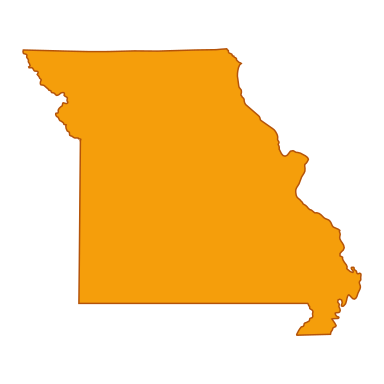 SVG path tracing the border of Missouri
{"feature_id": "USA-3531", "entity_name": "Missouri", "entity_type": "State", "adm_level": 1, "iso_a3": "USA", "parent_name": "United States of America", "parent_adm1": "", "projection": "robinson", "projection_center": [-92.269, 38.302], "detail": "fine", "context": "isolated", "style": "filled", "palette": "amber", "viewbox_px": 384, "rotation_deg": 0, "n_neighbors": 0, "source": "natural_earth", "source_scale": "10m", "svg_char_len": 5802}
<svg xmlns="http://www.w3.org/2000/svg" viewBox="0 0 384 384"><path d="M29.8,67.8L29.0,67.7L28.7,66.9L29.3,66.5L29.8,66.1L30.1,65.6L30.0,65.4L29.4,63.5L28.6,62.4L28.4,61.9L28.3,61.4L28.4,60.5L28.4,60.2L28.1,59.2L27.2,58.1L26.7,57.2L26.7,56.4L26.9,55.7L26.9,55.0L26.1,54.3L24.9,53.9L23.9,53.7L23.3,53.1L23.0,51.6L23.3,50.0L43.3,50.5L65.9,51.1L88.3,51.6L105.7,51.6L111.6,51.5L134.4,50.9L157.9,51.1L195.6,50.0L215.9,49.7L221.4,49.2L226.7,48.8L227.1,49.4L227.3,49.8L228.2,50.4L228.4,50.7L228.4,51.5L228.5,52.1L228.8,52.6L229.1,53.0L229.6,53.3L230.7,53.6L231.9,54.3L232.0,54.5L232.2,55.4L232.4,55.8L232.7,55.9L232.9,56.0L233.5,56.0L233.8,56.1L233.9,56.4L234.0,56.7L234.1,57.0L234.6,57.4L235.6,57.8L236.0,58.1L236.3,58.5L236.5,58.9L236.5,59.3L236.4,59.7L236.8,60.3L238.7,62.1L239.3,62.5L240.7,63.0L241.3,63.5L239.7,64.8L238.5,67.6L237.8,70.7L237.5,73.2L237.4,76.1L238.8,86.2L239.1,87.2L239.8,88.2L240.6,89.2L240.9,89.6L241.2,90.0L241.3,90.5L241.4,91.1L241.4,92.6L241.0,94.4L241.0,95.1L241.2,95.5L241.9,96.3L242.2,97.1L243.6,98.3L243.9,99.0L244.1,99.6L244.2,101.1L244.8,103.2L245.8,104.7L258.5,115.7L259.3,116.6L259.9,117.8L260.2,119.1L260.5,120.0L261.3,120.7L273.0,128.9L274.2,129.9L275.4,131.4L276.7,133.7L277.3,135.1L277.6,136.3L277.7,137.1L277.6,138.8L277.6,139.6L277.9,140.4L278.8,141.7L279.0,142.4L278.8,143.1L278.4,143.8L278.2,144.6L278.6,145.4L279.0,146.2L279.2,147.2L279.3,148.2L279.1,149.0L281.4,153.6L283.0,155.5L285.1,156.2L287.3,155.2L290.4,151.2L293.0,150.7L294.0,151.1L295.7,152.2L296.7,152.4L297.9,152.5L300.5,153.2L305.5,155.9L307.5,157.5L308.4,159.2L308.0,160.3L307.2,161.8L306.2,163.2L305.5,163.8L304.8,164.5L304.7,166.0L305.0,168.5L304.9,171.1L304.1,173.0L301.6,177.0L299.0,183.9L296.6,187.7L295.8,189.7L295.7,192.0L296.1,194.8L296.4,195.8L296.7,196.5L297.1,197.2L297.5,197.7L300.3,200.1L300.7,200.7L302.1,202.1L302.5,202.6L302.8,203.6L303.7,204.3L305.6,205.4L307.0,206.7L308.2,208.2L309.6,209.5L311.4,210.1L314.2,212.4L315.0,212.9L316.9,212.8L319.2,213.5L321.0,214.8L323.9,217.7L325.1,218.5L328.3,219.8L329.5,220.6L330.8,222.4L332.3,225.8L333.4,227.1L338.4,229.3L339.8,230.4L339.4,231.2L339.6,232.2L340.0,233.3L340.2,234.4L340.0,235.5L339.8,236.5L339.7,237.7L339.9,238.9L341.0,241.1L342.4,243.1L343.6,245.2L344.2,247.8L343.3,250.0L341.5,251.7L340.0,253.5L340.0,255.9L340.3,256.1L341.3,256.5L341.8,256.7L342.6,257.3L342.5,258.2L342.7,259.2L343.1,260.2L344.3,262.2L346.4,265.0L347.1,266.8L346.8,268.6L347.7,269.5L350.3,271.6L352.3,272.4L352.9,272.4L353.2,271.8L353.0,270.8L352.7,270.3L352.2,269.9L351.7,269.4L351.2,268.0L351.5,267.4L352.4,267.3L353.6,267.3L354.0,267.6L354.2,269.1L354.4,269.6L354.9,270.0L355.9,270.7L356.3,271.1L356.6,271.8L356.7,272.4L356.9,273.1L357.4,273.6L358.0,273.8L358.6,273.6L359.2,273.4L359.7,273.2L360.7,273.7L361.0,274.8L360.7,277.5L360.8,279.4L360.7,280.0L360.4,280.5L359.9,281.0L359.5,281.6L359.3,282.4L359.5,283.7L360.3,285.8L360.4,287.2L360.0,288.9L358.0,293.1L356.8,296.7L355.7,298.4L354.3,299.1L352.7,298.6L351.4,297.3L350.1,295.9L348.9,294.8L348.3,295.1L348.0,295.5L347.5,296.6L346.8,298.9L346.7,299.8L345.9,302.7L345.5,303.8L344.3,305.2L343.5,306.0L342.8,306.3L341.5,306.0L341.4,305.0L341.9,303.8L342.2,302.5L341.6,300.0L339.8,299.2L338.1,299.9L337.7,302.1L338.2,302.8L338.9,303.6L339.3,304.5L339.0,305.7L338.9,306.6L340.0,309.2L340.2,310.6L339.7,311.9L338.8,312.5L337.5,312.7L336.2,312.7L335.2,313.2L335.4,314.3L336.1,315.6L337.1,316.5L338.4,316.9L338.9,317.3L338.7,318.0L338.2,318.4L337.6,318.5L332.8,318.7L331.9,319.0L334.7,323.0L336.1,325.5L335.6,326.7L334.8,326.9L333.9,327.4L333.0,328.0L332.7,328.6L332.5,329.6L330.9,332.2L330.5,334.3L330.2,334.3L297.1,335.2L296.8,335.1L296.7,334.8L296.7,334.5L296.9,334.0L298.7,330.5L299.1,329.9L300.0,328.5L300.6,327.8L300.9,327.3L301.1,327.1L301.4,326.9L301.7,326.8L302.7,326.5L303.0,326.4L303.5,326.1L303.7,325.8L303.8,325.5L303.9,325.2L304.0,324.9L304.1,324.3L304.1,324.0L304.2,323.7L304.4,323.5L304.6,323.2L305.1,322.9L305.4,322.8L306.1,322.6L307.2,322.1L308.8,321.2L309.1,321.0L309.3,320.8L309.4,320.5L309.5,320.2L309.7,319.0L309.8,318.7L310.0,318.5L310.2,318.3L311.5,317.9L311.8,317.8L312.1,317.6L312.3,317.4L312.5,317.1L312.6,316.8L312.7,316.5L312.8,316.2L312.8,315.9L312.5,314.1L312.5,313.7L312.9,312.2L312.9,311.8L312.9,311.5L312.8,311.1L312.7,310.9L312.5,310.6L312.3,310.4L312.1,310.1L311.9,309.9L310.2,308.9L310.0,308.7L309.8,308.4L309.7,308.1L309.7,307.8L309.6,306.8L309.6,306.5L309.5,306.3L309.3,306.1L309.0,305.9L308.8,305.8L308.7,305.5L308.2,304.2L307.9,303.7L307.7,303.4L78.9,303.4L79.3,264.5L80.4,141.1L80.2,141.0L80.1,140.8L80.1,140.6L80.8,139.8L80.7,139.2L79.8,138.9L78.6,138.8L78.5,138.7L78.4,138.2L78.1,138.0L77.9,138.0L77.3,138.0L76.6,137.9L75.0,138.0L73.9,137.6L71.7,136.1L70.6,135.8L69.7,135.2L69.5,133.9L69.4,132.6L69.0,132.0L67.2,130.9L66.1,128.4L65.8,126.0L66.2,124.9L64.0,124.4L63.8,124.1L63.5,123.1L63.3,122.7L61.2,121.2L60.3,120.8L59.9,120.6L59.4,119.9L58.3,117.7L58.0,117.2L57.1,116.8L56.2,115.9L55.7,114.6L55.8,113.4L56.1,113.2L57.5,113.1L58.0,112.8L58.2,112.2L58.3,111.6L58.2,110.2L58.6,109.2L59.4,108.1L61.0,106.6L61.6,106.2L62.0,106.0L62.3,105.6L62.5,104.1L62.7,103.5L62.9,103.0L63.3,102.8L65.8,103.5L66.9,103.5L67.7,102.8L67.8,102.1L67.6,101.6L67.2,101.2L67.0,100.4L67.1,99.7L67.3,98.5L67.4,97.9L66.9,97.3L64.7,96.0L64.0,95.1L64.4,94.5L64.4,93.7L64.1,92.9L63.4,92.6L62.3,92.6L61.4,92.8L60.6,93.2L59.1,94.5L58.0,95.1L56.8,95.4L55.8,94.9L54.5,93.4L53.9,93.1L53.3,92.8L52.3,92.7L51.8,92.6L51.4,92.2L51.2,91.8L51.0,91.2L50.7,90.7L50.2,90.5L49.6,90.4L49.0,90.3L48.4,89.3L44.2,85.6L43.3,85.2L40.9,84.8L40.4,84.0L40.3,83.0L40.5,81.6L41.0,80.5L41.2,79.8L41.1,79.5L39.6,78.1L39.3,77.2L38.6,76.1L37.2,74.5L38.1,73.0L38.1,72.2L37.6,71.5L36.7,71.2L34.9,71.1L34.2,70.7L33.6,69.9L33.2,69.1L32.7,68.3L31.8,67.7L30.8,67.7L29.8,67.8Z" fill="#f59e0b" stroke="#b45309" stroke-width="1.5"/></svg>